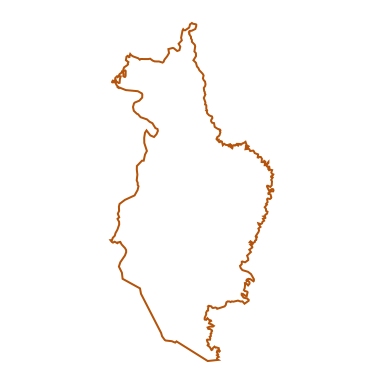 Poro, Savanes, Ivory Coast
{"feature_id": "98640826B2900878653745", "entity_name": "Poro", "entity_type": "district", "adm_level": 2, "iso_a3": "CIV", "parent_name": "Ivory Coast", "parent_adm1": "Savanes", "projection": "robinson", "projection_center": [-5.804, 9.476], "detail": "fine", "context": "isolated", "style": "outline", "palette": "amber", "viewbox_px": 384, "rotation_deg": 0, "n_neighbors": 0, "source": "geoboundaries", "source_scale": "gbopen_adm2", "svg_char_len": 5990}
<svg xmlns="http://www.w3.org/2000/svg" viewBox="0 0 384 384"><path d="M110.5,240.2L111.8,241.9L113.0,242.6L114.6,241.7L117.2,243.1L117.5,242.5L118.7,242.6L119.2,242.0L120.3,241.9L121.6,244.4L125.0,248.1L126.1,250.0L126.2,252.1L125.0,255.4L120.3,262.3L118.9,266.6L121.9,272.7L122.6,278.8L140.0,288.4L141.0,293.8L161.1,332.9L162.1,336.3L164.7,339.9L165.7,340.5L171.8,341.2L175.2,342.6L176.5,341.4L207.7,361.0L218.3,359.9L217.1,359.1L217.0,358.4L217.5,357.4L218.7,356.9L217.0,355.2L218.1,354.6L216.8,352.2L217.4,350.6L219.2,351.7L219.8,351.0L218.8,349.3L218.8,348.2L216.4,347.4L215.6,347.6L214.5,346.6L212.7,348.3L212.4,349.6L211.5,350.0L209.8,347.1L207.6,345.4L207.9,344.8L208.7,344.5L208.7,343.9L207.4,341.8L206.9,340.0L207.3,339.6L210.0,339.7L210.3,338.1L209.7,336.7L210.9,336.0L210.6,333.8L211.4,333.3L211.3,332.1L212.1,331.0L212.0,330.4L210.2,329.1L208.3,328.9L207.6,327.5L210.1,326.6L212.9,326.6L213.8,325.9L211.7,324.4L209.0,323.4L209.6,321.7L211.1,320.9L210.8,320.4L209.2,320.0L207.4,318.2L206.3,319.8L204.8,319.6L204.6,319.2L204.7,317.8L206.2,314.5L206.1,312.6L207.1,310.8L208.1,310.5L208.1,308.1L208.6,306.5L208.2,306.2L208.8,305.8L211.4,306.4L212.2,307.7L212.9,308.0L215.4,307.5L216.8,308.0L217.2,308.8L224.6,306.4L225.7,305.1L226.4,302.3L227.7,301.4L229.5,301.5L230.6,302.1L231.8,301.4L233.3,301.7L238.0,300.6L240.5,301.5L242.5,301.4L244.5,303.7L248.6,300.8L248.7,299.9L247.3,298.6L243.6,297.6L241.6,294.9L241.7,293.7L242.9,293.9L245.6,295.9L246.7,296.2L247.6,292.2L246.9,291.5L244.8,291.0L243.9,290.1L244.7,288.2L245.1,284.8L244.9,283.1L245.9,283.0L248.1,285.4L249.5,283.7L249.5,282.3L248.1,280.8L246.6,281.1L246.4,280.6L246.8,279.6L248.5,278.8L250.4,279.2L253.5,281.3L253.9,280.8L253.9,279.2L251.0,274.1L248.0,271.8L242.4,270.1L240.7,268.0L240.0,265.9L241.7,264.3L241.8,261.7L242.4,261.5L245.1,262.3L248.2,260.1L248.2,258.7L247.1,255.6L250.9,252.0L249.3,249.7L252.3,247.5L252.2,246.7L250.4,244.6L252.3,244.4L252.7,243.9L252.4,243.3L249.7,242.2L250.5,241.3L252.2,242.6L253.3,242.8L254.8,242.0L255.1,240.6L256.1,240.0L256.4,238.9L256.1,237.8L256.9,237.1L256.6,236.4L255.8,236.2L255.9,235.9L258.5,232.0L259.1,230.2L258.4,228.5L260.5,226.9L258.6,224.3L258.3,223.3L260.7,224.1L262.0,223.4L262.5,221.8L264.1,220.7L263.0,218.8L265.3,218.0L265.3,217.5L263.7,216.4L265.0,216.1L265.4,214.7L267.1,213.6L267.5,211.7L266.1,210.9L265.9,208.7L264.7,207.2L266.9,204.6L266.1,203.9L267.6,202.1L267.1,199.2L267.8,198.5L269.9,199.0L271.0,198.2L271.3,197.3L270.5,194.5L269.4,193.9L268.5,194.0L268.3,193.2L271.0,191.3L273.2,191.3L273.5,190.3L273.2,189.3L272.0,189.0L269.1,190.9L267.0,186.5L267.2,185.8L267.9,185.7L270.3,186.9L271.7,185.4L272.0,181.3L271.2,179.9L272.6,177.6L271.1,176.9L271.1,176.4L272.7,175.5L273.3,174.4L272.0,173.8L271.3,172.5L272.1,170.1L270.4,169.7L269.1,170.2L268.2,168.9L268.8,167.5L269.4,167.9L269.3,166.8L268.9,166.5L267.8,167.0L266.9,166.4L266.9,164.6L268.4,162.9L268.4,162.0L265.7,165.2L264.7,165.2L265.3,161.7L264.2,160.9L263.5,162.2L261.6,162.0L261.9,158.7L260.8,157.0L259.1,156.8L258.5,157.6L257.7,157.4L258.1,154.4L254.7,153.1L253.9,151.3L253.2,150.6L250.2,151.0L249.4,149.3L248.6,148.8L245.5,149.2L246.0,147.0L248.2,147.1L248.7,146.4L247.5,145.7L247.0,146.5L245.9,145.9L246.4,144.4L245.5,141.8L243.5,143.2L242.4,143.4L241.1,144.7L240.5,144.7L240.2,144.0L238.9,143.9L238.2,145.6L236.8,145.0L237.5,144.7L237.4,143.9L237.0,143.8L234.9,145.6L234.0,145.1L232.9,145.9L231.2,145.0L231.0,145.4L232.3,146.0L232.5,147.8L232.2,148.3L230.8,147.1L230.0,145.6L230.0,144.7L231.0,144.0L229.1,144.5L228.7,146.1L227.4,145.0L225.8,144.9L224.2,143.8L222.8,145.2L221.9,141.6L220.7,141.1L219.9,142.1L219.2,142.1L218.6,141.2L218.8,139.6L218.1,139.5L217.4,140.1L216.5,139.0L217.5,136.8L218.5,136.4L219.5,135.2L220.4,132.2L219.8,130.8L220.4,130.2L220.0,129.6L217.6,128.8L214.7,126.9L214.0,123.1L212.2,122.8L211.2,121.5L211.1,120.2L212.4,118.0L212.0,116.5L209.1,115.3L207.2,113.3L206.8,110.9L206.4,110.6L207.0,110.2L206.3,109.0L206.3,105.5L205.7,104.5L205.1,104.4L205.4,102.4L203.8,98.0L205.4,94.4L204.8,93.3L204.8,92.1L204.2,91.1L203.8,88.0L205.2,85.9L205.5,84.2L205.0,81.5L203.8,80.3L202.9,78.4L203.6,75.4L202.6,73.7L199.4,70.3L198.2,67.8L197.0,66.6L195.9,62.7L193.4,60.3L196.0,56.1L195.9,53.2L194.4,51.5L195.2,46.3L194.7,44.7L191.9,41.8L191.9,39.9L191.0,38.4L191.0,36.9L189.1,33.8L189.5,32.9L188.9,32.1L189.6,31.0L191.8,30.7L195.3,29.0L196.2,26.3L196.3,24.7L195.9,24.3L192.8,23.7L191.9,23.0L190.0,24.4L189.5,26.7L188.9,27.8L185.1,30.3L183.9,30.2L183.2,29.3L182.5,30.6L181.1,37.8L181.8,40.4L178.6,43.8L180.3,46.7L179.4,50.2L177.2,51.0L173.6,48.1L172.5,48.0L168.4,49.1L169.0,53.1L167.2,56.2L164.5,59.6L163.6,61.8L162.6,62.6L159.1,61.5L154.7,61.4L152.7,60.6L150.1,58.7L148.3,59.1L140.8,59.0L139.8,59.7L138.3,58.3L133.1,56.4L131.2,55.2L130.2,54.0L129.6,55.6L129.5,57.0L129.0,57.2L127.6,55.9L126.5,56.7L125.9,60.2L128.4,62.1L127.8,63.5L128.0,64.3L127.4,65.1L124.2,67.3L123.4,69.2L123.2,70.2L123.9,70.9L125.2,70.5L125.7,71.0L125.6,75.9L125.2,76.8L124.4,76.9L123.3,76.1L123.5,74.6L123.2,72.4L121.9,71.6L121.5,72.7L119.6,74.1L118.8,75.7L117.4,76.4L117.7,77.1L119.3,76.1L120.7,76.4L119.9,79.1L119.6,82.8L118.7,83.0L116.4,81.5L115.4,79.1L115.6,77.7L115.3,78.0L115.1,80.3L114.0,81.3L112.9,80.6L112.2,81.5L112.1,82.2L112.4,82.4L114.5,82.2L115.3,82.5L116.9,85.7L118.0,86.6L117.7,87.3L119.0,88.1L119.6,87.6L125.9,90.1L137.8,91.2L141.8,93.4L142.3,94.4L142.2,97.6L139.3,100.7L134.9,102.5L134.0,103.4L133.0,107.0L133.8,110.8L136.8,113.7L138.0,114.2L140.6,117.2L147.0,119.4L149.5,121.7L152.4,123.2L155.4,128.1L157.5,129.0L157.9,130.9L156.5,134.2L154.0,137.0L150.3,135.4L146.5,130.4L145.0,132.8L144.2,137.8L144.3,143.0L146.9,151.0L145.0,154.6L143.7,160.7L142.0,160.7L136.9,166.0L136.8,169.5L137.4,174.7L136.7,180.3L137.7,182.8L137.7,185.0L138.5,186.2L137.6,190.0L134.6,195.4L124.9,199.9L119.6,203.9L118.9,206.7L119.1,210.9L117.8,213.8L119.2,217.3L117.5,218.9L119.1,221.8L119.2,224.5L117.4,229.7L115.5,233.1L114.8,235.7L112.8,237.8L112.0,240.1L110.5,240.2Z" fill="none" stroke="#b45309" stroke-width="2"/></svg>